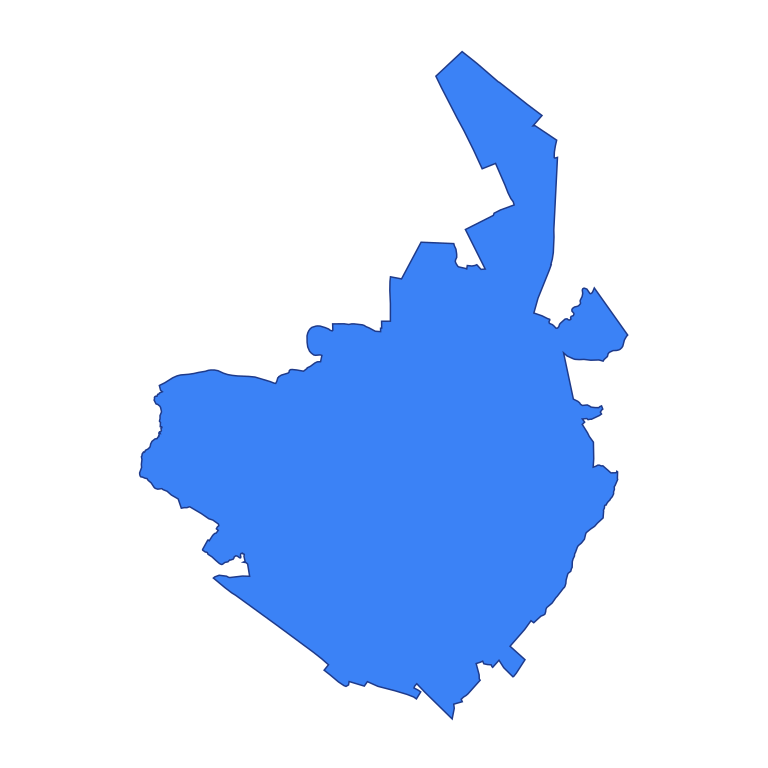 Bals, Olt, Romania, rotated 271°
{"feature_id": "2599482B96753080238477", "entity_name": "Bals", "entity_type": "district", "adm_level": 2, "iso_a3": "ROU", "parent_name": "Romania", "parent_adm1": "Olt", "projection": "orthographic", "projection_center": [24.107, 44.36], "detail": "fine", "context": "isolated", "style": "filled", "palette": "blue", "viewbox_px": 768, "rotation_deg": 271, "n_neighbors": 0, "source": "geoboundaries", "source_scale": "gbopen_adm2", "svg_char_len": 6137}
<svg xmlns="http://www.w3.org/2000/svg" viewBox="0 0 768 768"><g transform="rotate(271 384 384)"><path d="M183.5,567.7L184.7,568.4L187.7,569.3L191.1,569.5L197.0,571.0L198.0,571.5L200.0,574.0L202.8,574.7L203.8,575.3L209.7,575.4L212.4,576.1L215.2,577.4L217.6,577.6L218.8,578.3L224.3,580.2L225.8,581.1L228.5,584.2L232.3,587.1L237.8,588.3L239.0,588.9L242.5,593.0L245.4,597.1L248.6,599.8L253.9,605.4L260.7,605.8L261.7,605.6L263.7,606.5L266.1,606.7L266.7,607.2L267.0,608.4L268.2,608.7L270.3,610.2L272.1,612.0L273.0,612.3L275.3,614.2L278.2,615.5L280.2,615.4L282.6,616.2L285.3,616.0L286.5,616.8L292.6,619.3L293.7,619.0L300.2,619.1L300.8,618.3L299.7,618.0L299.3,617.4L299.1,612.4L306.0,604.3L305.9,602.6L306.6,600.8L306.6,599.2L305.5,597.3L304.5,594.6L312.9,595.0L329.5,594.4L335.1,590.2L338.8,588.3L347.1,582.9L349.4,585.3L352.5,582.9L353.0,587.4L351.9,588.6L352.4,590.9L352.4,592.1L356.3,600.0L357.8,602.0L359.7,600.8L361.9,602.2L362.7,603.2L365.9,601.9L365.2,600.3L364.1,599.1L364.1,595.6L364.4,592.3L364.7,591.0L365.4,590.2L366.6,587.6L366.0,582.7L367.2,580.8L368.6,579.9L370.1,578.0L372.2,573.6L418.3,563.0L415.2,566.6L412.4,573.1L412.0,574.6L411.8,578.9L412.1,583.5L411.4,590.3L411.8,598.5L410.7,602.7L412.3,603.6L415.4,606.9L418.3,607.6L419.6,608.8L421.4,612.4L421.6,615.9L422.2,618.2L422.8,619.4L424.4,621.1L426.0,622.1L432.2,623.6L435.8,625.6L437.2,626.8L483.7,592.6L480.2,591.2L478.9,590.5L478.0,589.3L477.9,588.7L478.2,588.2L482.4,585.2L483.3,582.7L483.3,582.2L482.7,581.1L481.4,580.6L478.1,581.1L475.0,580.6L471.0,578.7L469.8,578.7L468.5,579.1L467.7,579.0L465.8,577.4L465.1,576.2L464.3,573.1L462.9,571.2L461.8,570.6L460.2,570.6L458.1,572.5L457.3,572.7L455.7,572.1L454.8,569.9L453.6,569.4L452.2,569.8L451.2,568.6L451.4,567.1L452.3,566.1L452.3,565.0L452.0,563.8L447.9,559.4L446.8,558.5L444.4,557.8L442.9,556.5L442.8,555.0L445.0,552.9L446.3,551.3L447.2,549.0L447.9,548.1L449.3,547.9L450.9,548.7L451.6,548.5L452.2,546.5L454.9,540.9L457.6,532.6L472.5,536.5L500.2,547.1L506.1,549.1L506.2,548.7L511.8,550.1L518.4,551.0L533.9,551.4L541.0,551.1L613.6,553.5L613.0,551.6L613.0,550.5L613.5,550.2L619.0,550.3L625.2,551.2L630.8,552.4L644.4,531.3L644.9,530.4L644.7,528.5L655.2,537.3L666.1,522.3L687.6,494.1L688.0,493.1L706.1,471.4L717.7,456.3L692.7,430.5L682.0,435.9L651.1,452.5L638.7,459.5L619.4,469.5L600.9,478.4L606.5,491.7L585.0,501.5L577.2,504.7L571.6,507.6L568.5,510.0L565.3,511.0L560.1,497.5L556.7,491.1L554.5,490.4L539.9,462.7L500.7,483.2L500.3,479.0L504.9,474.7L504.1,472.9L503.5,469.8L503.9,465.2L500.5,464.7L501.0,463.4L502.4,456.6L502.9,455.8L505.8,453.9L507.8,453.1L509.4,453.4L511.9,454.5L515.1,454.4L520.0,453.6L523.3,452.0L525.6,451.3L526.4,418.6L489.4,399.7L491.3,388.6L486.6,388.2L477.6,388.2L464.4,389.0L446.9,389.3L446.7,380.5L439.8,380.7L439.7,379.6L436.3,379.7L436.6,374.4L439.9,368.0L441.0,365.1L442.2,363.2L442.8,361.2L443.6,352.9L443.5,350.3L442.9,347.8L443.5,343.0L443.2,331.6L436.9,331.9L436.2,331.2L436.8,329.2L438.0,327.7L439.4,324.1L440.8,319.1L440.9,316.6L440.7,315.0L439.4,311.0L438.0,309.3L436.0,307.9L433.8,306.9L430.8,306.2L424.3,306.4L419.7,307.1L415.5,309.0L413.6,310.8L411.8,313.3L411.5,315.0L412.0,319.7L411.5,321.4L405.2,320.2L405.0,316.9L403.8,314.5L400.4,310.1L398.8,306.9L398.2,306.8L395.4,303.3L396.5,296.5L396.9,291.9L396.7,290.1L395.7,289.1L394.0,288.8L393.2,287.8L391.1,281.2L389.4,278.6L388.8,278.5L388.3,277.7L384.9,276.8L382.7,275.7L382.9,274.2L384.5,269.9L388.7,254.9L389.2,248.8L389.5,237.4L390.0,232.0L390.7,227.6L392.0,223.3L394.4,217.8L395.0,214.3L395.0,210.8L394.6,208.1L393.6,205.2L392.3,198.2L391.2,193.8L390.3,188.5L389.5,180.5L388.5,176.9L386.5,172.6L381.4,164.8L378.6,159.4L373.9,160.7L372.4,162.5L371.1,159.7L369.9,158.9L369.7,157.9L367.8,157.2L367.8,155.9L367.4,155.2L366.6,154.7L365.1,154.8L363.9,154.4L360.3,156.3L360.0,156.6L359.7,158.0L357.9,160.3L356.6,161.0L353.4,161.8L352.1,162.0L348.5,160.6L345.5,160.7L343.4,160.2L342.7,160.2L341.7,161.2L337.4,161.0L337.2,161.4L337.4,162.4L336.8,162.7L336.3,162.6L335.7,161.8L333.4,162.2L332.5,161.5L332.3,160.5L331.7,160.0L331.3,160.0L331.1,160.9L330.5,161.2L330.6,159.8L329.0,160.1L328.4,159.6L327.5,159.8L326.9,158.8L325.4,158.0L325.1,156.0L322.6,153.0L319.9,151.7L317.8,151.4L316.6,150.9L314.7,148.9L313.6,146.7L311.9,145.9L311.6,145.4L311.9,144.9L311.8,144.7L309.8,143.4L307.8,143.2L307.1,142.7L304.3,143.3L299.4,142.8L296.3,143.1L290.9,141.2L289.6,141.3L287.9,141.7L286.9,142.5L286.7,144.1L285.6,146.8L285.3,148.7L283.5,149.9L281.1,152.9L276.7,155.9L275.7,157.0L274.9,159.6L275.5,163.7L274.5,165.0L273.0,169.0L269.3,173.3L265.5,180.2L256.3,183.5L256.9,186.5L256.9,189.1L257.8,191.4L257.7,192.2L251.2,203.7L246.2,211.2L245.0,215.2L241.1,220.9L239.4,221.3L238.2,219.9L236.3,218.9L234.8,220.8L232.1,218.9L231.5,217.2L229.7,215.4L224.2,212.0L225.0,210.8L224.8,210.5L215.4,205.5L214.7,205.6L212.9,208.2L212.7,209.6L212.4,210.3L210.7,211.0L208.2,215.0L204.7,218.9L201.7,222.5L201.0,223.9L200.7,225.0L201.1,225.9L202.8,228.0L203.5,231.1L205.3,232.7L205.3,233.8L205.9,235.1L206.0,236.0L207.0,236.8L208.5,237.3L209.7,238.9L209.2,240.6L207.7,242.7L207.7,243.6L208.6,243.9L209.9,243.5L211.4,243.6L212.1,244.2L212.4,245.5L211.6,246.0L211.6,246.7L211.2,247.3L209.2,247.0L204.3,248.2L203.4,246.4L203.0,249.2L201.6,250.8L189.4,253.0L189.5,245.8L187.8,233.2L188.0,232.0L189.1,229.9L189.9,222.5L188.2,218.2L187.0,216.8L177.6,228.5L172.5,235.4L170.2,239.3L141.5,280.3L114.4,318.3L108.0,326.7L102.3,333.4L96.8,329.1L92.2,335.2L85.3,343.7L81.7,349.3L81.0,351.3L82.5,353.8L85.9,354.3L81.6,369.6L86.1,372.6L81.6,383.2L77.5,400.2L74.0,412.6L71.6,419.1L69.7,421.9L76.8,426.1L78.5,423.5L80.6,419.3L82.4,419.9L84.9,422.0L76.7,430.1L50.3,458.0L60.9,459.9L65.1,459.3L67.7,467.8L70.2,466.7L72.4,469.0L74.0,471.5L75.7,473.4L89.5,485.3L90.8,484.4L94.9,484.2L106.1,481.0L107.5,485.2L108.6,487.5L106.0,488.7L105.3,492.3L105.1,496.0L103.3,496.9L102.6,497.6L109.8,503.8L102.4,508.7L93.5,518.0L93.9,518.8L97.3,521.4L110.8,529.8L124.0,514.6L141.1,529.0L149.9,535.1L147.9,537.9L154.6,544.9L155.9,547.8L156.7,548.9L159.0,549.6L161.4,549.8L163.3,550.6L167.9,555.9L173.4,559.6L174.8,560.9L183.4,567.3L183.5,567.7Z" fill="#3b82f6" stroke="#1e3a8a" stroke-width="1.5"/></g></svg>